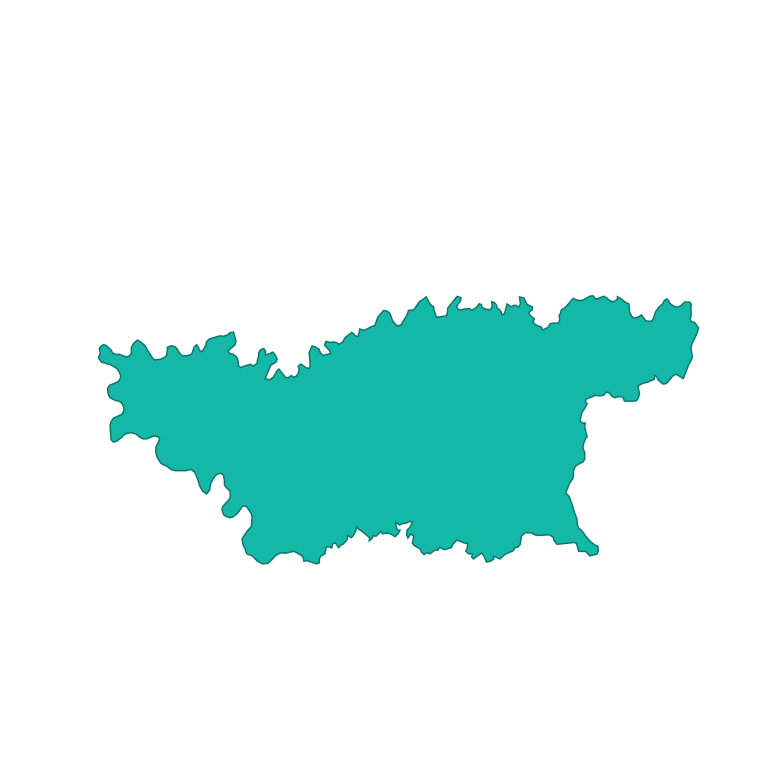 outline of Cruz Machado, Paraná, Brazil, rotated 28°
{"feature_id": "56859067B73120283619986", "entity_name": "Cruz Machado", "entity_type": "district", "adm_level": 2, "iso_a3": "BRA", "parent_name": "Brazil", "parent_adm1": "Paraná", "projection": "natural_earth1", "projection_center": [-51.253, -25.895], "detail": "fine", "context": "isolated", "style": "filled", "palette": "teal", "viewbox_px": 768, "rotation_deg": 28, "n_neighbors": 0, "source": "geoboundaries", "source_scale": "gbopen_adm2", "svg_char_len": 6170}
<svg xmlns="http://www.w3.org/2000/svg" viewBox="0 0 768 768"><g transform="rotate(28 384 384)"><path d="M396.3,578.1L399.2,576.1L409.1,574.4L410.9,572.1L409.0,569.0L408.9,565.8L411.6,561.6L409.5,555.0L412.3,553.6L414.8,553.2L413.7,549.2L415.9,547.1L420.7,549.8L421.8,546.4L423.3,544.2L424.5,539.0L423.0,534.9L427.2,535.0L428.1,532.4L428.1,527.2L426.8,522.9L428.9,523.8L437.5,525.1L443.4,526.6L444.6,529.4L446.0,526.0L445.7,523.2L448.4,522.1L450.7,515.4L453.0,517.0L456.9,514.1L460.7,513.2L465.4,513.6L466.8,509.6L466.8,505.6L464.5,506.7L461.1,503.5L459.5,500.6L464.0,501.2L465.8,498.7L469.1,496.3L470.7,493.4L474.0,492.8L474.2,498.1L472.9,502.3L475.1,506.8L477.4,508.7L478.0,503.8L481.8,504.5L483.7,511.2L486.5,512.4L493.2,512.6L495.9,514.8L499.6,515.8L500.8,512.9L504.3,512.4L507.2,506.3L509.6,505.6L509.9,501.9L513.1,502.2L515.3,501.8L520.4,496.6L520.0,493.7L521.6,487.6L530.3,486.5L532.8,485.4L534.6,490.1L534.6,493.1L538.1,494.2L542.0,492.7L542.5,495.6L545.1,496.5L549.5,487.5L552.4,488.5L558.0,493.1L561.1,490.6L563.1,487.1L561.4,484.5L568.7,484.0L570.7,477.8L576.5,470.3L576.5,466.8L578.7,465.3L579.6,462.1L576.7,453.4L578.7,448.9L583.8,446.3L587.4,446.4L590.3,445.8L600.9,439.5L605.4,439.9L607.5,442.3L612.0,444.3L626.4,434.6L628.9,434.4L634.4,440.4L640.8,437.1L646.2,439.2L652.0,434.3L651.6,430.9L649.2,426.9L645.2,427.1L641.0,426.4L634.5,424.1L627.7,420.7L623.1,419.6L620.4,417.1L618.1,412.9L614.5,409.9L605.8,401.3L600.2,396.3L595.5,394.9L594.4,383.9L595.2,379.2L594.5,376.4L592.3,372.4L591.5,368.4L592.2,365.3L596.4,359.1L596.5,356.3L593.6,350.6L589.5,347.0L588.1,342.3L587.6,338.0L588.1,335.2L581.3,327.7L580.1,324.0L577.3,325.3L574.2,324.4L572.1,316.1L572.6,313.0L572.7,306.1L570.1,305.2L569.8,302.1L576.0,294.8L579.7,293.3L583.3,290.9L583.9,287.1L586.4,286.0L591.3,287.9L594.7,287.6L597.2,284.7L601.0,283.5L604.4,286.2L612.5,281.9L614.8,280.1L615.1,277.2L614.2,272.6L609.1,266.6L612.0,262.1L616.1,258.3L620.5,252.8L619.0,249.3L621.4,249.5L624.1,251.7L630.1,253.1L632.6,251.5L633.7,249.0L635.3,240.9L637.2,238.3L645.7,238.6L644.0,224.3L643.9,215.9L638.6,208.8L637.0,204.2L636.7,192.9L635.5,186.8L629.4,183.8L626.1,184.6L623.7,183.0L623.1,179.4L618.9,172.1L618.0,169.3L615.4,168.2L611.0,170.4L609.2,175.8L607.0,178.5L602.6,179.3L598.3,178.5L596.0,176.6L593.5,176.3L592.3,178.8L592.4,182.5L590.8,186.4L589.9,192.5L591.2,200.9L590.3,203.4L585.6,205.4L578.9,202.1L577.4,204.8L574.6,208.1L572.3,208.5L567.5,205.7L562.6,198.3L559.4,198.6L552.5,197.3L549.1,197.4L550.4,199.7L547.7,204.0L543.4,204.2L540.1,203.4L536.8,203.4L532.7,208.2L530.6,209.7L527.4,207.9L524.5,209.8L520.3,216.5L516.3,219.2L510.8,219.6L508.0,231.8L505.8,235.2L506.6,238.5L506.6,241.6L508.9,244.4L509.4,248.3L504.6,251.0L502.5,252.6L502.1,257.2L498.8,261.8L495.7,259.7L493.0,260.5L489.6,260.4L486.5,259.6L486.2,255.9L481.2,254.9L478.1,252.8L480.0,249.1L479.1,246.3L473.2,246.6L466.9,242.3L462.8,243.6L466.9,249.3L466.9,252.8L462.7,252.8L460.0,256.0L455.2,255.5L457.3,265.5L455.7,267.6L453.6,265.4L450.7,264.0L448.3,263.9L446.0,261.4L443.3,260.3L440.4,260.9L442.8,264.0L443.3,268.2L439.7,269.9L434.6,270.5L432.9,268.3L430.4,268.4L429.8,272.8L427.0,277.6L423.9,277.3L420.2,279.7L417.4,282.3L414.8,283.2L411.9,282.0L411.8,278.5L412.6,274.9L411.5,271.6L407.4,272.3L404.7,287.1L406.2,290.6L407.2,294.4L399.1,300.5L393.0,294.8L391.6,292.4L388.8,292.4L385.8,291.0L380.3,287.2L378.8,290.9L376.6,294.6L375.5,304.4L371.1,307.6L371.8,311.5L371.8,315.1L371.2,324.0L368.4,326.6L362.0,324.2L355.9,318.7L351.9,318.2L349.1,319.3L347.1,327.5L348.5,336.7L345.8,339.3L342.1,345.1L340.0,346.3L336.7,346.8L337.9,350.3L338.8,354.4L336.2,355.0L333.9,353.9L331.4,353.6L328.0,360.8L327.7,366.6L325.7,369.9L322.0,369.9L319.4,370.7L317.1,372.6L312.9,373.6L313.2,377.6L319.9,379.9L322.5,382.2L316.8,387.4L313.4,386.4L310.2,383.8L305.3,383.5L302.7,384.3L303.2,391.4L310.3,402.4L310.6,405.4L307.9,406.2L301.0,405.4L300.0,408.8L302.5,411.2L303.2,414.3L303.0,417.9L301.4,420.4L298.1,420.1L296.8,422.9L294.1,424.5L284.1,420.1L283.2,422.9L283.3,426.8L282.8,430.5L281.0,434.0L276.5,435.2L275.2,420.7L278.4,415.2L277.8,411.9L273.0,408.7L270.6,408.2L268.5,411.2L265.6,413.9L263.9,410.5L261.1,409.1L258.8,412.0L258.8,415.7L260.2,417.9L261.0,422.2L262.3,425.6L260.1,429.5L256.7,429.3L249.5,436.8L246.9,436.2L245.4,433.6L242.5,430.2L240.1,429.0L236.9,428.6L233.3,429.5L230.8,427.9L234.0,419.6L233.2,415.7L226.8,408.8L224.1,410.8L222.7,414.3L219.8,417.2L216.4,418.6L208.5,426.4L207.5,430.0L208.4,433.2L208.6,436.8L207.9,440.8L205.4,441.1L202.7,438.5L200.1,437.4L199.0,440.4L200.2,447.6L198.6,449.8L195.6,452.4L192.0,453.7L188.2,452.4L185.2,450.4L182.4,449.2L178.4,449.9L175.6,453.0L178.7,460.6L176.9,465.0L174.4,467.6L169.9,470.5L166.0,469.1L163.1,467.1L159.4,465.3L155.4,462.5L149.4,461.1L145.8,460.9L144.3,464.3L143.7,467.2L143.8,470.5L146.6,475.5L145.9,478.9L144.0,481.0L136.2,482.1L133.3,483.8L130.1,484.2L126.6,481.9L120.3,480.4L117.9,480.9L116.4,483.3L116.0,486.4L119.0,489.8L119.6,495.0L124.3,497.3L134.2,495.3L140.5,495.7L143.2,496.8L147.6,500.2L148.7,503.4L148.1,506.9L142.6,513.6L141.9,516.3L142.6,518.8L146.0,523.2L148.6,524.7L154.5,524.6L158.1,523.5L161.4,524.0L165.2,526.7L166.9,529.7L166.8,533.7L161.2,541.2L160.7,546.0L161.8,549.6L169.2,561.3L172.4,562.3L174.9,559.9L177.3,554.6L178.4,550.8L180.6,548.0L183.7,545.6L188.4,544.6L193.9,545.7L197.2,545.5L200.1,543.9L205.4,537.8L209.1,536.6L211.6,537.8L212.2,541.7L212.1,546.1L213.2,548.9L215.0,551.9L217.9,555.0L223.8,558.6L227.1,559.0L229.9,558.4L236.4,559.4L239.9,558.7L249.8,553.5L253.8,550.0L257.8,550.7L259.9,551.9L265.8,557.0L268.6,560.1L272.1,562.5L274.8,563.9L278.9,564.4L279.9,559.8L277.8,553.8L277.6,547.7L278.2,543.9L279.7,541.2L282.3,539.2L285.2,540.0L288.5,544.2L290.2,547.5L292.1,549.1L298.2,550.8L300.9,555.1L301.7,557.6L299.1,567.9L299.8,570.9L303.5,574.6L306.1,575.1L310.6,574.4L313.1,572.3L315.4,566.9L316.6,557.9L319.9,556.6L327.3,560.5L329.9,563.2L333.8,572.1L332.2,578.3L331.4,587.3L333.3,590.1L336.1,593.1L338.6,594.5L340.9,597.1L343.1,598.4L348.2,597.6L355.3,599.8L361.3,599.8L365.6,596.9L366.7,594.4L368.9,586.4L371.8,581.7L376.5,579.6L383.0,574.0L390.8,574.0L394.2,575.1L396.3,578.1Z" fill="#14b8a6" stroke="#0f766e" stroke-width="1.5"/></g></svg>